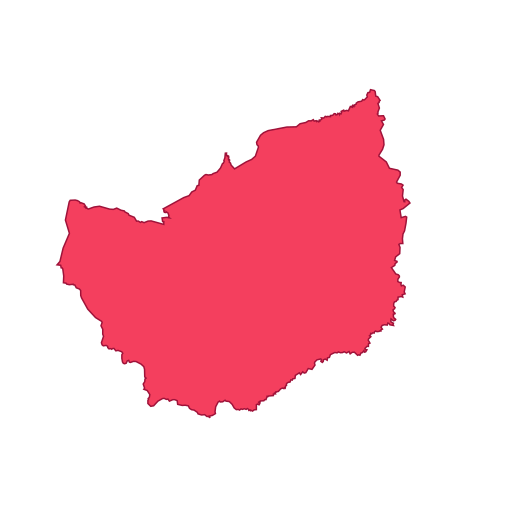 Mueang Amnat Charoen, Amnat Charoen, Thailand (Albers equal-area conic projection), rotated 152°
{"feature_id": "78962969B23558627244082", "entity_name": "Mueang Amnat Charoen", "entity_type": "district", "adm_level": 2, "iso_a3": "THA", "parent_name": "Thailand", "parent_adm1": "Amnat Charoen", "projection": "albers", "projection_center": [104.623, 15.875], "detail": "fine", "context": "isolated", "style": "filled", "palette": "rose", "viewbox_px": 512, "rotation_deg": 152, "n_neighbors": 0, "source": "geoboundaries", "source_scale": "gbopen_adm2", "svg_char_len": 6115}
<svg xmlns="http://www.w3.org/2000/svg" viewBox="0 0 512 512"><g transform="rotate(152 256 256)"><path d="M234.8,361.2L237.4,357.3L239.6,355.3L239.5,354.6L241.4,353.2L242.1,353.4L246.1,350.3L251.1,348.3L255.2,348.9L256.8,348.6L260.1,349.9L261.9,351.4L263.5,351.5L270.4,349.7L273.3,345.2L274.9,345.7L278.7,342.6L282.7,342.7L286.7,340.7L292.4,341.5L315.8,341.2L315.5,340.5L316.1,339.3L315.7,338.8L316.3,338.7L316.4,337.6L315.2,336.7L314.5,337.1L313.5,335.2L314.0,332.4L315.0,331.6L314.5,330.3L317.0,332.2L321.1,333.7L322.3,330.2L321.3,329.6L322.6,327.2L332.1,336.2L334.9,337.5L339.2,338.0L340.8,340.0L342.3,339.9L343.5,342.1L345.1,342.9L345.3,347.3L349.0,351.7L348.9,353.4L351.0,356.4L351.1,357.6L353.7,359.8L356.5,363.7L360.0,364.1L363.1,366.0L370.8,373.4L376.0,375.3L382.1,376.2L383.0,377.8L383.6,377.9L383.8,378.7L383.0,378.8L384.1,379.9L383.1,380.0L383.3,382.7L385.6,385.3L386.4,385.3L386.4,386.8L387.6,388.7L389.4,390.3L393.9,392.4L395.5,391.5L407.4,377.2L410.1,363.6L422.6,353.5L431.7,343.2L435.8,341.6L432.8,339.5L433.6,337.0L432.7,336.4L432.7,335.2L435.2,328.5L438.6,322.8L436.4,321.1L436.4,320.1L434.3,318.3L430.7,316.9L430.8,316.3L429.6,315.5L429.6,312.3L427.4,309.7L427.0,307.9L429.3,303.4L429.7,300.9L429.5,288.1L426.6,277.0L423.0,270.8L423.1,269.5L425.6,267.2L425.7,263.3L428.0,259.0L428.3,256.7L433.2,252.0L433.6,249.8L433.0,248.4L430.3,247.4L429.4,245.9L429.9,244.7L429.4,243.0L427.7,242.4L427.2,241.4L426.0,241.6L424.8,241.0L424.3,238.1L422.1,237.4L419.5,234.5L419.3,232.7L420.8,231.8L422.5,228.6L423.6,225.2L423.5,223.5L422.5,222.5L420.9,222.3L419.0,223.8L417.4,223.6L417.6,221.7L416.9,221.0L413.7,220.5L411.5,219.2L408.3,214.6L407.0,211.0L407.6,208.3L411.0,201.5L410.4,199.8L411.8,199.5L413.2,197.3L415.7,195.9L416.4,191.6L417.6,191.0L415.2,188.3L414.8,183.5L416.6,181.2L418.1,180.8L418.2,179.9L419.2,179.3L420.7,176.5L419.5,172.7L416.7,171.8L410.7,173.9L405.4,174.0L403.9,173.4L402.5,171.5L400.9,171.0L400.6,168.5L396.9,168.2L395.2,167.3L393.5,165.3L394.8,161.8L391.3,158.7L388.6,157.5L386.1,155.5L386.2,152.7L385.1,150.6L383.0,149.0L381.2,145.5L381.3,143.8L378.7,141.2L375.8,140.0L374.7,137.4L373.5,136.8L372.4,134.7L372.5,136.6L369.3,135.7L365.8,135.9L365.3,137.7L362.4,141.8L357.9,144.9L356.3,145.0L356.1,143.9L353.8,142.9L351.0,143.2L350.7,142.0L347.9,140.0L346.7,136.2L346.6,132.1L345.5,129.6L343.6,128.8L342.9,127.7L341.0,128.0L339.9,126.9L338.1,126.7L336.7,125.2L335.3,125.4L334.5,123.9L334.8,123.1L333.5,122.9L333.6,122.0L332.7,121.9L331.9,120.7L329.8,121.0L327.8,120.2L325.4,124.6L324.1,124.5L323.2,123.2L322.0,123.9L322.3,125.7L321.5,125.7L321.1,125.0L320.3,126.0L317.0,124.5L315.8,125.1L314.6,124.5L312.0,126.9L311.6,126.2L310.7,126.5L306.2,124.6L305.5,125.9L303.7,125.2L303.9,126.2L302.6,126.1L302.4,126.7L299.8,125.9L296.7,127.1L294.7,127.0L293.6,125.8L292.8,126.4L292.3,125.6L290.9,127.3L289.7,127.5L289.4,128.6L288.4,129.2L286.6,129.3L285.2,128.7L283.3,130.3L282.2,129.4L281.2,130.3L279.1,129.6L277.3,132.1L272.6,132.5L272.3,130.4L269.1,131.8L268.4,130.0L266.8,129.6L262.7,132.1L259.8,129.6L255.1,132.0L254.7,133.9L253.8,134.8L250.9,135.7L247.1,134.7L247.0,133.7L248.2,132.5L247.4,130.9L246.1,131.3L245.3,132.7L243.3,132.5L242.1,130.6L240.7,132.5L238.8,132.0L236.6,134.0L231.7,133.8L229.9,132.4L228.3,132.6L226.9,131.0L224.9,130.1L223.1,130.1L221.6,127.9L218.7,128.0L218.8,125.4L216.3,125.8L214.3,124.9L212.9,120.6L211.8,120.6L210.8,119.6L209.0,121.0L207.5,120.8L205.2,121.8L205.4,120.2L204.2,119.9L202.1,121.1L203.3,122.1L203.2,123.3L200.5,124.1L199.2,123.4L197.9,125.7L196.3,125.6L196.4,129.0L195.5,130.0L192.5,130.8L193.2,132.3L191.7,132.7L191.1,133.8L190.1,133.0L189.3,133.4L187.7,132.5L186.9,133.5L185.7,133.6L184.7,132.4L182.7,131.6L181.7,131.8L181.0,131.1L180.3,132.1L178.7,132.1L179.0,134.4L177.2,135.5L174.9,135.0L172.5,133.4L171.1,134.9L170.2,134.0L170.1,132.4L167.2,130.1L167.1,131.4L166.2,132.1L167.7,134.4L167.5,135.3L166.3,137.0L165.1,134.3L163.5,133.9L162.4,134.5L163.3,136.8L163.1,138.0L162.0,140.2L160.6,139.7L160.1,140.1L160.8,142.2L160.3,144.1L158.4,144.4L157.4,145.3L158.0,147.0L156.8,149.3L155.3,150.5L153.6,150.1L152.5,150.8L151.1,150.8L149.9,153.0L146.8,152.0L145.7,150.8L145.0,153.2L142.1,152.6L142.0,154.7L138.8,158.6L139.7,161.1L141.6,161.4L141.4,162.8L140.3,164.4L141.7,165.3L142.8,166.9L141.6,168.9L139.2,170.2L138.8,171.1L139.2,172.7L141.0,174.5L141.9,182.2L137.8,182.6L136.8,183.9L134.2,184.5L134.0,185.1L135.7,187.0L133.1,189.7L128.0,190.6L124.8,196.0L124.4,199.2L122.9,199.3L120.5,198.1L118.6,202.5L115.9,206.4L113.0,208.5L108.2,214.5L104.7,219.6L105.4,220.8L109.8,221.7L107.3,229.1L103.8,228.8L95.2,230.5L95.4,232.6L96.9,235.8L98.6,235.6L99.2,234.1L99.8,234.5L98.5,240.2L94.9,245.5L95.2,248.2L92.9,249.5L93.8,251.3L97.1,253.9L97.2,255.3L90.8,259.6L89.3,262.4L90.4,265.2L97.0,270.8L96.8,277.9L100.6,286.4L100.0,287.4L94.2,290.8L90.8,294.1L88.6,299.1L87.3,308.7L81.7,312.3L81.8,316.4L78.8,315.8L77.7,316.4L77.6,320.0L82.0,322.1L82.2,324.4L81.3,324.7L80.8,325.9L77.6,328.7L76.7,333.5L75.3,333.7L74.5,334.8L73.4,335.1L73.8,339.6L75.2,340.9L73.6,345.2L73.8,346.5L76.8,349.1L78.8,347.2L80.5,347.7L82.6,346.1L83.0,344.2L86.8,343.0L87.6,343.1L88.3,344.0L90.1,343.1L93.5,344.2L95.7,343.9L96.2,343.1L98.6,343.2L98.6,342.4L99.5,342.8L99.7,342.1L100.4,342.8L100.2,343.5L101.3,343.1L101.4,342.4L102.5,343.7L106.3,340.8L107.6,342.0L110.2,342.5L110.1,343.6L112.9,343.7L113.0,342.6L114.2,341.6L114.9,342.6L115.7,341.8L115.6,342.7L116.4,342.8L116.7,343.5L117.9,342.7L119.2,343.1L119.0,344.2L120.1,345.0L122.3,344.2L124.3,345.1L124.8,344.1L127.6,345.8L128.2,345.6L129.3,346.8L131.4,346.0L133.4,347.3L133.5,346.1L136.0,345.6L136.3,346.3L137.1,345.6L136.8,345.0L137.7,345.0L138.6,346.5L139.3,346.3L139.3,347.2L141.3,347.8L141.4,349.5L143.8,349.4L146.1,350.7L149.3,350.5L155.0,352.1L159.7,351.1L168.3,355.4L186.4,361.0L191.4,361.3L195.3,360.5L202.1,356.2L202.9,353.8L202.4,352.3L202.7,351.0L209.7,344.4L214.6,343.3L220.4,343.7L234.0,343.0L235.3,347.9L234.9,350.1L235.5,351.3L234.9,352.2L235.0,353.6L234.3,353.4L234.6,354.9L233.8,356.0L234.1,356.8L233.5,356.4L233.3,357.1L234.8,359.1L233.7,360.7L234.8,361.2Z" fill="#f43f5e" stroke="#9f1239" stroke-width="1.5"/></g></svg>